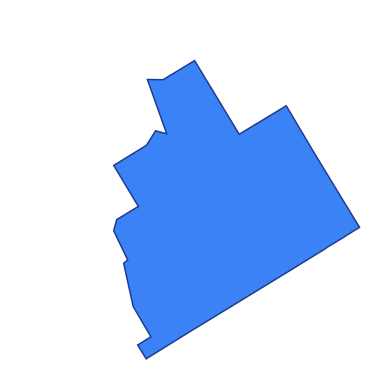 Catoosa, Georgia, United States of America, rotated 149°
{"feature_id": "52423323B32210031675876", "entity_name": "Catoosa", "entity_type": "district", "adm_level": 2, "iso_a3": "USA", "parent_name": "United States of America", "parent_adm1": "Georgia", "projection": "natural_earth1", "projection_center": [-85.131, 34.878], "detail": "fine", "context": "isolated", "style": "filled", "palette": "blue", "viewbox_px": 384, "rotation_deg": 149, "n_neighbors": 0, "source": "geoboundaries", "source_scale": "gbopen_adm2", "svg_char_len": 544}
<svg xmlns="http://www.w3.org/2000/svg" viewBox="0 0 384 384"><g transform="rotate(149 192 192)"><path d="M317.2,72.6L259.9,73.5L259.8,73.4L140.9,74.3L136.2,74.4L109.2,74.7L108.1,74.7L105.7,74.8L104.6,75.0L97.1,75.0L92.5,75.0L75.5,75.3L66.6,75.4L67.0,138.0L67.1,166.6L66.8,217.4L121.8,217.2L122.1,303.3L159.1,303.2L172.3,311.4L183.7,254.9L191.7,263.2L207.0,255.5L245.4,255.1L245.4,207.3L270.8,207.1L279.1,199.1L282.1,166.9L287.3,166.1L301.4,124.1L301.8,89.1L317.4,88.8L317.2,72.6Z" fill="#3b82f6" stroke="#1e3a8a" stroke-width="1.5"/></g></svg>